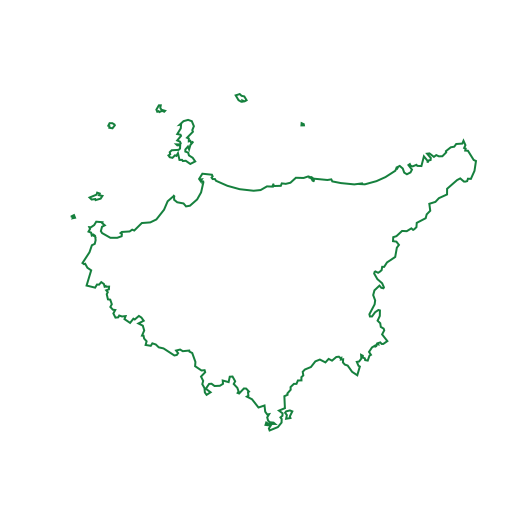 outline of Toscana, Siena, Italy, rotated 105°
{"feature_id": "23120603B95153686365028", "entity_name": "Toscana", "entity_type": "district", "adm_level": 2, "iso_a3": "ITA", "parent_name": "Italy", "parent_adm1": "Siena", "projection": "mercator", "projection_center": [10.807, 43.355], "detail": "fine", "context": "isolated", "style": "outline", "palette": "green", "viewbox_px": 512, "rotation_deg": 105, "n_neighbors": 0, "source": "geoboundaries", "source_scale": "gbopen_adm2", "svg_char_len": 6127}
<svg xmlns="http://www.w3.org/2000/svg" viewBox="0 0 512 512"><g transform="rotate(105 256 256)"><path d="M131.8,140.5L134.6,143.6L133.8,142.5L134.1,142.0L135.1,142.3L134.7,143.1L137.6,143.5L146.3,151.4L152.5,159.0L158.6,169.4L159.3,172.8L158.1,171.6L161.4,179.6L163.6,192.9L164.2,201.6L162.5,203.1L164.1,206.7L166.4,220.5L165.2,223.4L167.0,221.9L167.0,219.1L167.5,221.2L168.8,218.9L168.6,220.8L165.8,223.6L166.5,223.3L165.8,224.6L166.8,223.6L166.2,224.5L166.8,225.6L165.7,224.7L165.6,226.1L168.3,230.2L170.1,237.7L176.3,241.7L178.6,245.9L179.2,249.9L181.8,250.2L184.1,257.9L181.5,257.6L184.1,258.2L184.7,257.9L185.9,263.4L191.1,268.6L193.6,275.2L195.7,289.1L195.6,301.8L193.7,314.1L192.3,315.6L192.9,317.8L191.8,319.2L190.3,318.5L188.9,319.6L190.4,329.1L196.3,330.9L197.8,329.1L196.5,329.6L196.0,328.3L197.0,328.7L198.3,326.6L197.0,326.6L198.5,325.9L208.8,325.5L216.6,327.5L224.5,332.8L226.2,336.4L224.0,339.6L224.5,346.0L222.9,349.6L219.6,350.6L219.9,349.7L219.2,350.9L226.0,355.5L235.1,356.8L246.5,361.7L250.9,366.8L253.7,374.8L262.9,380.2L262.6,382.4L265.0,384.4L267.5,391.8L268.9,392.8L269.5,391.2L271.7,390.9L274.3,394.7L276.1,401.4L273.7,410.6L272.1,412.3L267.6,412.3L265.5,410.0L264.1,413.0L263.1,413.0L264.2,419.2L268.0,420.3L271.0,422.9L271.3,424.5L272.8,423.3L275.8,424.1L276.1,421.3L278.6,420.0L277.6,419.2L278.5,418.5L278.6,417.4L278.2,417.9L277.7,417.8L278.2,416.6L282.2,415.0L286.0,414.9L288.1,417.3L295.5,417.8L307.7,421.8L308.4,420.0L307.7,419.0L311.0,415.8L312.5,411.5L328.4,412.0L328.2,403.2L324.7,402.2L324.3,400.2L321.3,398.7L322.4,395.7L324.8,394.3L323.9,393.4L324.5,392.9L323.6,390.0L326.3,389.5L327.9,391.8L329.3,389.8L331.5,390.3L336.2,387.8L335.9,385.5L339.9,382.8L342.9,383.5L344.9,380.4L344.6,378.0L348.4,378.9L351.9,375.8L350.9,373.2L348.9,372.7L349.1,369.8L347.8,366.4L351.0,366.7L353.2,360.3L348.3,358.2L348.7,356.7L344.2,353.6L345.1,350.8L347.6,347.7L351.6,352.1L352.6,347.3L356.9,344.7L362.4,345.5L362.1,344.0L364.7,342.7L366.7,339.6L370.5,339.6L370.0,334.4L367.2,333.5L367.4,329.9L369.4,326.3L369.2,321.4L373.2,309.1L372.1,306.9L370.0,306.1L368.0,308.7L366.0,305.1L366.9,302.1L364.6,296.0L365.6,295.5L366.2,292.5L374.0,287.1L378.2,286.3L380.7,279.0L379.6,276.1L381.4,275.0L386.7,277.9L390.3,274.7L393.7,274.7L396.9,271.6L401.0,270.1L402.9,267.8L399.4,264.6L397.2,270.1L391.7,268.2L390.9,265.9L392.3,262.4L390.7,257.3L388.0,254.8L384.9,255.9L384.9,249.8L379.4,250.1L378.5,247.5L382.4,243.7L385.4,244.4L388.2,239.9L391.3,237.8L393.0,238.3L393.2,236.7L387.1,233.4L386.6,231.2L388.8,227.7L389.6,228.5L392.9,227.2L394.2,228.4L395.4,222.8L401.7,214.4L398.2,209.1L404.0,206.8L406.2,204.1L405.4,202.4L409.0,203.4L411.9,201.7L413.0,199.6L412.4,195.9L413.3,194.1L414.9,200.4L414.2,203.0L416.7,203.1L416.0,197.9L419.3,198.9L421.0,197.7L415.6,190.6L410.3,188.2L406.8,189.0L405.6,190.6L403.5,189.1L401.1,189.6L399.4,193.8L395.5,188.7L384.1,192.3L381.9,189.6L380.6,190.1L376.2,187.9L373.7,188.7L369.7,186.3L369.0,183.8L365.4,183.3L364.4,179.9L361.3,180.8L359.1,179.4L355.8,180.9L353.0,179.4L349.0,174.2L342.4,171.4L339.5,167.5L340.8,161.4L336.6,159.2L337.4,155.5L332.8,152.3L331.8,149.9L332.7,148.3L332.2,147.3L334.1,147.2L333.2,145.1L336.3,144.5L337.9,142.1L338.1,139.1L343.0,133.2L345.0,127.3L335.9,127.1L335.5,128.6L332.2,131.2L331.2,129.1L327.8,127.7L324.3,128.9L324.7,127.0L326.4,126.6L326.7,124.4L328.3,123.6L328.1,121.0L322.9,120.6L321.7,119.4L319.4,122.0L314.3,120.3L311.8,117.9L312.6,117.3L311.9,116.5L310.0,116.5L309.8,115.0L308.8,115.9L307.3,113.6L308.4,111.9L308.0,110.3L304.2,107.1L299.1,113.9L294.6,112.9L293.1,113.9L292.2,117.1L288.8,118.6L287.0,121.8L281.9,120.9L276.5,122.2L276.5,123.8L279.5,126.4L284.4,128.3L284.9,130.3L282.9,131.4L272.0,128.9L268.1,129.4L263.4,132.7L258.5,132.7L252.7,129.1L254.3,126.7L254.2,124.6L253.2,124.3L249.7,127.1L246.9,132.8L242.4,137.3L240.7,137.3L240.0,136.7L240.6,133.7L239.1,132.3L237.2,131.0L233.8,131.3L233.3,129.4L228.3,127.8L220.9,121.3L211.5,122.1L208.3,120.8L205.8,124.1L206.2,127.5L202.3,128.3L200.5,125.5L194.0,121.4L193.0,116.8L189.1,113.1L190.1,111.0L189.1,110.0L186.6,108.5L182.4,109.3L175.6,101.9L171.6,101.9L167.2,99.4L160.7,102.1L157.3,96.7L152.8,94.3L147.1,87.4L141.6,88.8L130.6,81.4L128.2,78.8L130.3,74.4L130.0,73.1L129.0,71.4L126.5,71.3L125.9,68.4L117.2,67.0L107.3,68.1L106.9,70.6L99.5,78.5L100.0,81.2L98.0,81.3L97.8,82.9L94.7,82.4L91.0,85.4L94.0,85.8L96.0,91.6L99.1,92.8L100.6,96.0L105.6,99.7L106.7,99.1L111.4,101.8L112.4,105.1L111.9,108.0L114.2,109.8L112.0,115.0L112.9,117.2L116.1,112.5L118.1,112.2L119.0,113.9L121.4,114.5L119.7,114.9L116.3,119.6L126.3,119.5L127.2,123.5L126.4,124.6L128.9,127.9L128.8,130.0L127.4,131.2L128.7,132.3L132.2,127.7L135.3,128.4L138.0,131.4L137.1,134.4L133.5,136.9L131.8,140.5ZM180.4,339.2L177.5,342.6L176.2,346.8L173.7,348.3L173.4,351.3L171.4,351.8L167.9,350.1L170.4,348.2L165.8,348.1L161.8,346.2L163.3,348.1L161.7,349.3L162.6,350.6L159.9,351.3L159.6,353.2L152.3,349.1L150.9,350.1L146.7,349.6L142.4,352.9L142.1,356.8L144.5,360.9L149.0,363.7L148.4,362.4L152.2,361.7L158.6,363.6L158.4,360.3L159.4,359.5L164.8,362.0L165.2,359.1L166.6,357.9L167.9,358.3L168.8,361.9L169.5,360.6L168.6,357.9L171.9,357.2L173.5,358.2L175.7,364.8L178.1,366.2L180.0,365.2L181.5,366.6L182.9,364.9L182.8,362.1L179.7,360.3L179.9,358.8L176.9,358.0L183.0,354.8L182.3,352.3L183.2,351.3L182.2,348.5L184.1,343.3L180.4,339.2ZM240.8,420.9L237.7,419.9L237.9,423.4L236.1,423.1L235.9,425.8L238.0,425.9L242.6,431.9L244.0,429.4L242.6,426.0L243.5,425.4L240.8,420.9ZM108.0,305.4L104.9,308.6L105.0,311.4L103.8,313.7L106.1,317.2L110.0,313.2L110.8,310.1L110.4,308.9L109.3,309.4L109.6,307.1L108.0,305.4ZM396.7,180.7L396.4,183.3L398.3,186.7L399.9,187.3L401.7,185.0L405.4,184.8L403.6,180.8L402.1,181.8L396.7,180.7ZM139.3,381.4L139.2,385.2L137.7,386.8L135.1,387.0L135.6,388.8L140.4,390.1L142.2,388.7L141.3,387.6L142.0,386.6L140.1,384.3L140.4,382.0L139.3,381.4ZM169.8,427.7L166.3,426.2L165.6,426.8L164.9,429.1L165.6,431.8L168.4,432.4L168.6,431.1L170.1,430.9L169.8,427.7ZM265.9,440.7L263.6,442.4L265.9,445.0L265.2,442.3L266.9,442.7L265.9,440.7ZM117.4,243.5L116.3,244.0L115.9,246.3L118.1,245.9L117.4,243.5Z" fill="none" stroke="#15803d" stroke-width="2"/></g></svg>